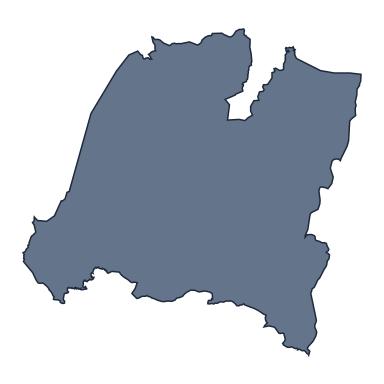 the district of Hohoe Municipal, Volta, Ghana
{"feature_id": "2480657B20464126159243", "entity_name": "Hohoe Municipal", "entity_type": "district", "adm_level": 2, "iso_a3": "GHA", "parent_name": "Ghana", "parent_adm1": "Volta", "projection": "orthographic", "projection_center": [0.486, 7.154], "detail": "fine", "context": "isolated", "style": "filled", "palette": "slate", "viewbox_px": 384, "rotation_deg": 0, "n_neighbors": 0, "source": "geoboundaries", "source_scale": "gbopen_adm2", "svg_char_len": 5835}
<svg xmlns="http://www.w3.org/2000/svg" viewBox="0 0 384 384"><path d="M189.4,41.9L180.2,43.8L179.1,43.5L176.3,43.8L174.8,43.3L172.4,43.5L169.6,45.6L163.6,43.1L159.8,39.9L158.1,39.4L154.9,39.5L153.0,37.3L151.9,36.9L153.0,42.1L154.7,44.6L155.1,46.2L154.9,48.1L155.6,50.8L154.6,50.8L151.4,52.0L150.1,53.4L148.5,54.3L150.2,56.4L151.1,58.6L151.6,59.1L150.0,59.3L148.4,57.8L146.0,58.0L144.6,59.0L143.7,58.8L143.0,57.9L142.4,55.3L140.7,54.8L137.7,51.1L128.9,55.0L116.5,71.0L91.0,113.5L69.2,191.5L67.0,192.3L65.1,198.8L62.7,200.9L61.2,200.9L54.5,215.8L46.7,221.3L37.5,220.5L34.3,217.0L34.1,220.4L33.8,221.3L32.5,222.5L34.2,225.1L35.7,231.6L35.5,232.8L33.3,234.6L32.9,235.3L31.4,236.2L29.0,242.8L29.1,244.3L28.9,244.8L27.8,245.3L28.2,246.9L28.0,247.5L26.1,249.4L25.8,250.6L25.0,251.6L23.0,252.8L24.3,254.4L23.7,255.7L24.0,256.7L23.6,258.4L24.4,258.9L23.5,261.6L32.7,272.7L35.9,279.6L38.0,282.8L39.4,283.3L43.0,283.1L44.7,284.4L47.5,286.9L48.9,288.8L49.0,289.8L50.5,291.1L52.3,293.8L52.9,295.6L54.1,296.8L53.4,298.8L53.5,299.4L55.3,299.8L57.5,299.8L59.5,300.4L59.9,300.7L60.3,302.4L62.3,303.4L63.7,303.4L64.5,303.1L64.6,301.1L63.6,300.2L63.3,299.1L64.2,294.0L65.5,293.1L66.1,292.9L66.6,293.3L68.1,292.6L68.5,292.0L67.4,290.7L67.5,288.1L68.4,288.0L68.7,287.5L69.1,287.9L70.5,288.1L71.4,287.7L72.0,288.4L72.4,288.0L72.9,288.4L74.0,288.5L75.0,287.6L75.1,288.4L75.5,287.9L76.1,288.6L76.3,287.8L77.0,288.0L77.3,288.5L78.5,288.2L78.7,288.5L78.1,288.5L78.2,289.0L79.3,289.1L80.7,288.5L80.4,289.2L80.8,289.6L81.9,289.8L86.7,288.9L86.7,288.6L85.8,288.6L86.0,287.6L85.5,286.5L84.3,287.5L83.0,286.7L82.8,286.2L83.5,284.1L83.2,283.0L83.4,281.7L83.5,281.3L84.4,281.0L84.5,280.3L85.0,280.7L85.5,280.4L86.0,281.3L87.1,281.6L88.0,280.6L89.4,280.0L89.4,279.5L89.7,279.3L91.6,280.0L93.5,278.7L93.9,277.3L92.2,277.7L91.5,277.5L91.3,276.9L91.9,276.5L90.9,274.9L91.2,273.4L91.9,272.8L93.0,273.3L92.7,272.5L94.0,268.7L94.6,268.7L95.8,267.3L96.5,268.1L98.0,267.2L98.3,267.7L98.7,267.4L99.1,268.2L100.0,268.6L101.3,268.8L102.1,268.4L102.4,268.4L102.3,269.1L102.6,269.2L103.4,268.8L104.5,269.1L104.6,269.9L105.2,270.4L105.9,270.1L106.0,270.9L106.9,271.2L106.7,271.8L108.0,273.3L111.9,271.4L119.2,272.1L121.5,275.1L123.9,277.1L128.2,279.8L130.8,282.1L132.2,282.6L134.3,282.1L137.2,282.7L135.2,288.5L131.9,293.5L136.8,298.5L139.5,297.8L141.0,296.7L142.7,296.3L145.8,296.2L147.2,295.5L148.2,296.5L149.9,296.7L152.1,298.2L154.3,298.7L157.0,300.0L161.8,301.5L164.1,301.6L167.9,301.0L172.1,301.3L175.3,299.9L176.6,298.1L179.4,297.7L182.7,296.2L184.3,294.2L186.6,292.3L190.9,290.1L195.3,290.4L197.9,291.6L199.2,291.9L204.8,291.0L209.6,292.0L212.2,293.6L212.6,298.6L212.1,298.3L211.6,298.8L211.5,300.1L208.5,300.5L207.9,302.1L207.8,303.7L209.8,304.0L211.5,303.4L213.7,304.0L215.1,303.1L216.9,303.3L218.4,302.8L220.2,301.7L223.0,302.1L224.0,302.0L226.0,301.0L228.9,301.1L230.6,300.9L232.7,301.6L235.0,303.5L236.9,305.8L239.6,305.6L240.3,305.0L242.3,304.8L243.8,303.7L244.7,304.9L254.5,308.6L258.4,310.6L263.4,314.0L266.1,315.2L265.3,317.5L265.5,319.8L266.5,322.2L267.3,323.0L265.3,324.8L264.0,326.9L269.0,325.9L274.2,327.1L274.9,327.6L279.0,333.3L280.4,333.5L282.3,333.1L283.7,333.4L285.2,338.6L284.9,340.7L282.6,343.5L283.8,345.2L287.2,347.2L289.9,347.4L291.2,346.7L295.3,348.6L297.2,348.3L297.7,348.9L297.5,349.8L299.8,349.3L301.9,350.7L304.0,350.6L305.1,351.1L306.9,353.4L308.4,354.4L308.7,355.1L309.8,351.2L307.3,348.7L307.5,347.9L308.4,346.4L313.0,341.3L315.7,336.3L316.7,332.6L316.4,331.2L314.9,327.4L314.7,325.4L316.3,321.1L316.3,319.9L310.7,293.0L311.4,291.9L312.1,288.9L314.1,287.4L314.8,286.3L317.6,280.2L319.6,278.1L324.2,269.3L325.9,266.7L326.6,265.2L327.3,261.1L329.0,258.7L329.5,255.1L328.7,253.8L326.3,252.6L326.6,251.8L328.3,250.8L328.8,249.3L327.0,245.7L326.4,243.5L324.8,242.7L321.8,242.8L319.8,241.5L316.2,240.5L315.4,239.7L315.2,238.7L315.0,236.4L314.2,235.6L311.6,234.5L307.3,234.7L305.1,237.2L305.3,235.2L307.8,229.5L309.9,215.5L310.5,213.8L311.2,212.7L318.0,209.3L319.2,205.8L319.8,203.8L320.1,200.2L318.9,190.8L319.7,188.0L320.1,187.3L321.3,186.9L325.6,187.7L327.9,188.7L331.8,183.5L333.2,177.1L330.5,169.0L330.4,167.7L332.1,161.1L333.5,159.7L336.3,158.9L338.8,159.3L340.3,160.7L341.3,158.0L347.2,146.0L348.6,140.7L349.7,121.1L351.2,119.1L355.7,115.5L355.3,112.8L355.3,107.9L356.1,105.6L355.2,102.1L356.8,95.1L357.0,89.3L359.6,85.3L359.4,84.6L360.7,80.9L361.0,74.3L349.8,73.0L334.2,73.0L320.5,70.6L297.2,58.9L296.2,58.1L294.4,53.8L294.9,53.1L294.7,51.6L293.3,50.1L293.5,49.9L294.9,50.1L295.2,49.6L294.1,49.3L293.2,46.8L292.1,47.8L289.5,47.4L287.8,48.1L286.0,47.6L285.5,48.4L286.1,50.0L286.0,51.0L287.0,51.2L288.2,50.3L289.2,51.6L286.9,52.3L286.1,54.0L285.2,54.9L285.4,57.7L285.1,59.0L285.5,59.7L284.6,62.5L284.1,62.9L283.6,64.2L283.5,67.3L283.8,67.9L283.5,68.3L283.5,69.4L281.3,70.3L279.3,70.3L275.7,68.2L274.0,68.7L275.1,70.6L274.0,69.9L274.9,71.2L274.1,72.1L272.0,72.6L272.0,77.9L267.8,84.3L264.8,84.8L263.5,84.7L263.4,85.5L262.7,86.5L263.0,87.7L264.2,89.9L263.1,91.2L261.3,91.7L260.4,91.6L259.3,92.1L258.7,94.5L257.8,96.5L258.8,100.3L253.9,100.7L250.6,106.5L250.7,111.3L252.5,115.2L248.2,117.6L245.0,120.6L239.2,119.4L227.5,120.1L229.5,104.8L225.1,99.4L235.3,95.0L235.4,94.3L242.7,91.2L242.8,89.9L242.2,89.1L242.3,87.7L242.5,86.9L243.2,86.2L243.4,85.0L242.6,84.5L243.1,84.3L242.6,83.6L243.1,82.6L244.2,82.5L246.4,81.5L246.6,79.9L247.5,79.1L248.0,75.7L247.5,75.1L248.3,73.6L248.2,71.0L248.9,70.0L248.7,68.5L249.2,66.4L250.1,65.6L250.6,65.7L251.4,65.2L251.2,63.3L251.8,61.7L251.2,54.3L249.6,46.0L250.0,45.5L250.1,39.3L246.3,36.5L246.0,35.6L244.3,35.1L243.9,33.7L244.4,30.4L244.0,29.3L243.4,28.9L241.9,29.4L239.4,29.4L235.9,31.2L233.5,35.1L230.9,37.0L228.3,36.6L226.1,35.4L224.7,35.0L221.9,33.2L212.3,33.5L211.4,35.7L209.3,35.6L207.2,36.2L205.0,37.4L202.1,40.0L201.0,42.8L197.7,45.1L189.4,41.9Z" fill="#64748b" stroke="#1e293b" stroke-width="1.5"/></svg>